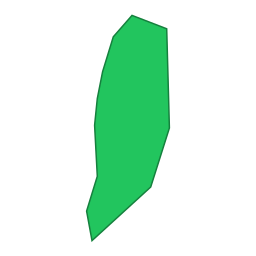 Thermeia, Cyprus
{"feature_id": "46923920B3571581876318", "entity_name": "Thermeia", "entity_type": "district", "adm_level": 2, "iso_a3": "CYP", "parent_name": "Cyprus", "parent_adm1": "", "projection": "orthographic", "projection_center": [33.331, 35.326], "detail": "fine", "context": "isolated", "style": "filled", "palette": "green", "viewbox_px": 256, "rotation_deg": 0, "n_neighbors": 0, "source": "geoboundaries", "source_scale": "gbopen_adm2", "svg_char_len": 265}
<svg xmlns="http://www.w3.org/2000/svg" viewBox="0 0 256 256"><path d="M166.7,28.8L132.0,15.4L113.3,36.8L102.6,71.7L97.3,98.5L94.6,125.3L97.3,176.3L86.6,211.1L92.0,240.6L150.7,187.0L169.4,128.0L166.7,28.8Z" fill="#22c55e" stroke="#15803d" stroke-width="1.5"/></svg>